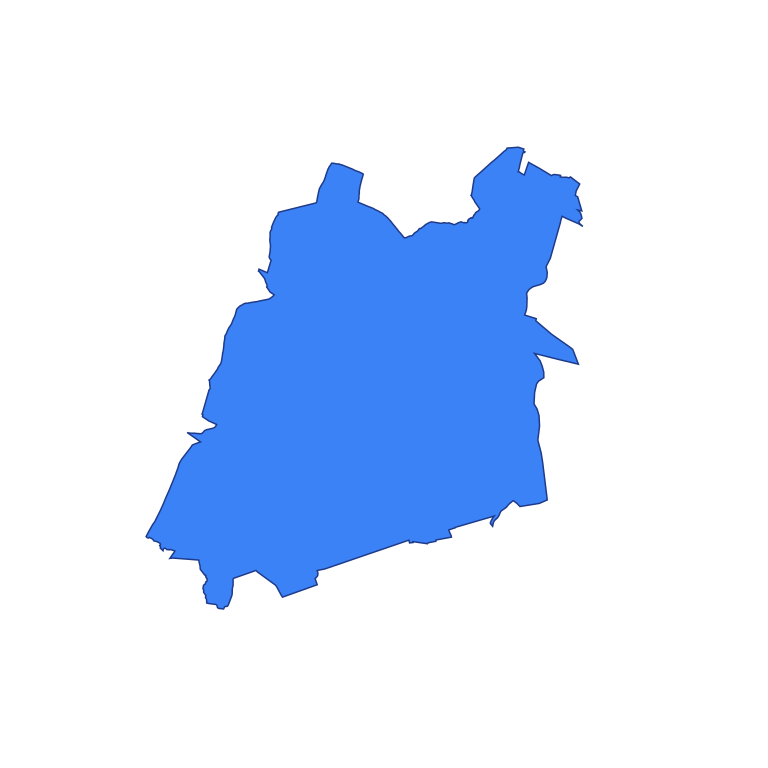 Motca, Iasi, Romania (Equal Earth projection), rotated 226°
{"feature_id": "2599482B18816841555206", "entity_name": "Motca", "entity_type": "district", "adm_level": 2, "iso_a3": "ROU", "parent_name": "Romania", "parent_adm1": "Iasi", "projection": "equal_earth", "projection_center": [26.629, 47.225], "detail": "fine", "context": "isolated", "style": "filled", "palette": "blue", "viewbox_px": 768, "rotation_deg": 226, "n_neighbors": 0, "source": "geoboundaries", "source_scale": "gbopen_adm2", "svg_char_len": 6171}
<svg xmlns="http://www.w3.org/2000/svg" viewBox="0 0 768 768"><g transform="rotate(226 384 384)"><path d="M325.2,538.9L335.9,533.1L338.2,537.6L340.1,540.1L346.5,546.7L350.3,549.7L351.2,553.7L351.0,556.2L350.4,558.9L346.8,565.8L345.8,568.7L345.8,571.1L346.9,574.1L347.5,575.2L350.8,578.9L355.8,582.1L358.9,591.0L377.7,623.2L378.9,624.8L380.9,628.6L376.7,630.1L363.8,635.4L359.2,636.5L363.5,636.2L365.0,636.7L365.5,637.5L365.6,641.4L368.1,643.0L369.7,643.8L371.9,644.3L374.6,644.2L371.1,646.5L384.2,653.4L385.4,652.9L386.7,652.6L389.3,656.2L391.9,663.7L403.4,662.0L403.9,660.1L405.9,659.0L408.5,656.2L410.6,654.6L411.4,655.9L412.6,655.1L416.0,652.4L416.9,651.4L417.6,649.2L431.2,645.6L443.0,642.0L436.9,630.1L440.5,628.9L442.3,628.8L443.0,628.4L443.4,627.9L445.9,632.1L447.2,633.8L453.7,644.3L453.0,645.8L453.0,646.6L454.5,646.0L455.0,646.3L455.9,647.8L461.0,645.1L468.2,636.4L468.0,636.1L467.7,634.9L467.6,633.8L467.9,632.3L468.4,618.5L468.7,616.2L468.9,611.0L469.1,604.7L469.3,599.0L469.4,597.8L469.5,593.1L469.5,592.4L469.2,591.7L468.5,590.7L465.1,586.1L461.2,581.1L460.1,579.5L459.3,578.1L459.3,577.6L458.2,577.5L456.7,577.0L454.2,576.6L451.5,575.8L443.5,574.5L443.2,574.1L443.1,572.8L443.0,572.0L443.6,569.2L443.6,568.7L443.1,567.4L443.0,566.7L443.1,566.4L443.0,565.9L442.8,565.8L442.7,565.1L442.3,564.7L442.4,564.1L441.9,563.2L441.9,562.9L442.0,562.7L442.3,562.7L442.5,562.2L443.1,562.2L443.2,561.7L443.4,560.5L443.6,560.0L443.7,559.0L443.3,557.7L443.1,557.7L442.7,557.4L442.4,556.7L442.4,556.2L442.6,555.4L442.8,555.2L443.2,555.0L443.6,554.4L444.0,554.3L444.2,553.8L444.7,553.3L446.9,552.2L447.5,551.5L448.2,549.6L448.6,548.9L448.7,548.3L449.0,547.2L449.7,545.3L450.3,544.9L451.7,544.3L454.9,542.6L455.4,541.8L456.2,540.8L458.3,539.3L459.6,537.2L460.5,536.1L462.2,535.0L464.2,533.4L466.0,532.1L467.9,530.5L468.2,529.6L468.7,528.7L469.5,525.8L469.7,524.5L469.9,523.5L469.8,522.5L470.0,521.6L470.2,519.1L470.4,518.2L470.9,518.0L471.1,517.2L471.2,516.5L470.7,515.2L470.9,513.4L471.4,510.9L471.1,507.7L471.4,506.8L472.9,504.7L473.9,501.6L474.4,500.9L475.3,500.1L481.2,500.6L482.5,500.6L484.3,500.7L485.8,501.0L486.8,501.0L489.7,501.3L492.9,501.5L496.3,501.9L497.3,502.0L498.4,501.9L500.3,502.1L503.8,501.9L505.9,501.5L507.0,501.6L508.0,501.4L508.7,501.3L510.0,500.7L512.2,500.1L515.4,498.9L517.9,498.2L524.1,495.3L527.1,494.1L530.0,492.8L532.9,491.6L534.5,494.4L535.8,495.8L537.1,497.0L538.3,498.7L540.1,500.4L542.2,503.2L543.5,505.1L546.9,510.6L547.2,511.3L549.4,514.9L550.6,514.6L554.4,513.2L556.5,512.1L559.3,510.9L560.0,510.8L570.5,506.1L571.6,505.5L572.0,505.1L573.5,504.5L574.9,503.1L578.0,500.9L579.2,499.8L578.6,497.3L578.4,496.1L578.4,495.6L577.8,494.3L577.6,493.3L574.5,487.0L573.6,485.6L571.5,481.1L570.8,477.8L569.4,473.3L567.8,470.7L563.4,464.3L561.6,462.0L561.6,460.7L580.8,427.5L580.3,426.3L579.9,426.0L579.2,425.2L579.3,424.2L579.0,421.9L577.2,417.1L574.8,411.9L574.0,411.5L573.4,410.5L573.0,409.1L572.3,407.5L569.0,404.3L567.2,402.2L565.6,400.8L564.1,399.8L561.8,397.9L557.9,393.4L555.4,389.9L554.8,389.4L554.1,389.1L552.2,388.8L551.5,388.8L545.1,377.4L553.4,373.9L552.4,372.1L551.4,372.3L543.2,371.4L542.2,371.1L539.7,369.8L536.2,368.5L535.6,368.0L535.4,367.0L533.6,366.7L529.1,365.9L524.5,367.0L524.4,366.7L524.3,364.9L524.5,362.8L524.8,361.2L525.1,360.2L525.6,359.3L530.0,352.4L531.6,349.7L534.6,345.6L537.0,341.8L538.0,340.9L538.3,340.5L539.2,338.5L539.4,337.0L539.9,335.6L540.2,334.2L540.2,330.8L540.0,329.8L537.6,325.9L536.4,323.7L535.4,320.9L533.2,316.1L532.5,313.3L532.3,311.8L530.9,307.9L530.2,306.6L529.6,305.0L529.1,303.0L527.0,300.6L524.3,297.0L522.7,295.3L519.1,290.8L518.8,290.0L515.5,285.9L513.5,283.2L512.1,280.8L511.2,276.4L510.4,274.4L509.3,269.0L508.9,266.0L508.5,264.1L508.2,263.3L508.2,261.9L508.4,260.8L507.1,260.4L504.1,257.8L502.6,256.8L501.7,255.9L501.3,255.2L501.3,254.1L489.5,233.7L488.7,232.1L487.6,232.3L486.6,230.7L479.1,232.3L471.1,235.5L470.4,233.0L470.5,231.4L471.6,229.2L474.3,224.8L475.1,222.7L475.1,222.1L474.9,220.4L475.0,218.8L475.1,218.2L476.0,217.2L479.0,214.5L480.4,213.4L482.1,211.5L484.5,209.5L485.8,208.7L469.8,211.8L472.0,206.9L473.1,204.1L473.2,203.3L472.7,201.4L470.5,186.4L469.4,182.4L468.8,180.9L466.7,177.3L464.4,172.5L463.9,171.7L457.0,156.1L453.6,147.7L451.2,142.3L448.1,134.5L444.7,124.8L444.3,124.0L443.6,120.0L441.3,112.2L439.5,106.9L437.8,106.9L436.8,107.7L436.5,108.8L434.7,109.3L433.4,109.8L430.8,109.5L429.2,110.7L427.4,111.5L425.2,112.2L424.1,112.0L423.6,111.4L423.8,110.7L423.7,110.4L421.7,110.0L421.4,109.1L417.6,109.2L418.3,110.2L418.6,111.2L418.3,112.0L417.6,112.6L416.4,112.8L415.9,112.7L415.5,112.9L415.0,113.4L414.8,113.8L413.9,114.2L413.9,114.8L413.0,115.5L410.0,117.2L409.1,117.5L408.6,115.5L408.2,113.1L407.8,111.4L407.3,108.8L405.7,111.0L386.1,128.4L385.4,127.9L384.7,127.7L383.9,127.0L380.8,125.2L378.3,123.1L371.1,122.3L370.4,123.0L369.5,122.4L369.1,121.8L368.2,121.5L366.9,121.6L365.1,119.6L365.4,118.3L364.3,116.3L364.6,114.9L364.2,113.6L363.3,112.9L362.7,111.7L360.8,111.0L359.6,109.6L355.8,108.9L355.3,108.7L354.6,107.4L354.2,107.1L352.6,106.9L350.5,105.2L349.7,104.3L348.3,105.1L342.1,110.0L340.8,110.1L339.1,109.0L337.7,109.0L333.6,112.3L334.5,114.8L332.9,116.9L333.3,118.7L337.4,127.4L338.6,129.1L342.2,132.8L344.1,135.7L348.4,139.8L348.7,140.6L348.5,141.3L338.8,162.4L336.7,162.4L315.4,166.1L314.4,166.2L312.9,166.0L303.6,163.4L301.2,162.9L286.0,196.5L291.9,199.3L291.9,201.7L292.3,203.3L293.9,205.2L296.3,206.3L292.1,212.9L254.4,293.4L251.9,292.0L249.8,294.8L250.5,295.3L238.9,304.3L239.1,305.4L234.8,312.1L235.7,313.0L227.0,326.1L228.6,327.1L230.7,327.8L234.1,329.2L231.1,335.3L231.3,335.8L212.5,371.5L212.2,369.3L211.3,366.4L210.5,364.6L210.1,363.8L209.0,363.5L206.2,363.3L208.4,366.6L208.9,368.1L209.0,369.7L208.9,372.8L209.7,375.9L210.4,377.2L211.3,379.9L210.3,386.5L210.8,389.9L210.4,395.9L205.8,396.7L201.4,396.7L190.2,412.8L187.2,420.9L217.7,443.9L225.3,449.2L236.8,455.7L245.7,466.7L253.6,473.6L259.6,476.7L265.5,478.1L273.3,486.5L278.0,493.7L278.7,497.0L277.5,503.4L281.6,507.2L286.8,510.1L292.2,512.4L301.4,513.5L280.1,526.8L263.2,537.6L277.8,543.8L280.9,543.4L303.5,539.1L324.1,537.1L325.2,538.9Z" fill="#3b82f6" stroke="#1e3a8a" stroke-width="1.5"/></g></svg>